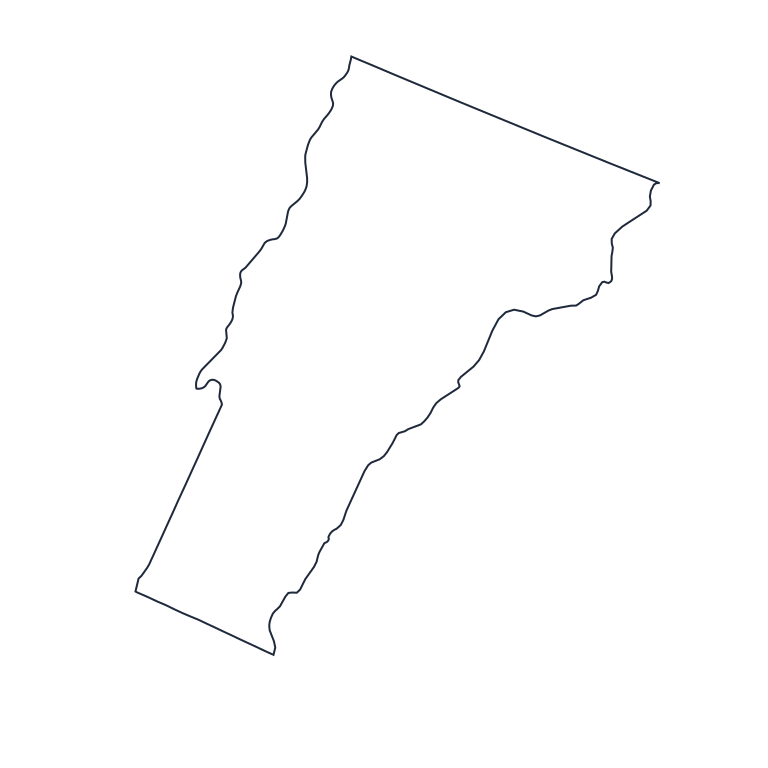 the border of Vermont, rotated 23°
{"feature_id": "USA-3540", "entity_name": "Vermont", "entity_type": "State", "adm_level": 1, "iso_a3": "USA", "parent_name": "United States of America", "parent_adm1": "", "projection": "orthographic", "projection_center": [-72.807, 43.872], "detail": "fine", "context": "isolated", "style": "outline", "palette": "slate", "viewbox_px": 768, "rotation_deg": 23, "n_neighbors": 0, "source": "natural_earth", "source_scale": "10m", "svg_char_len": 3645}
<svg xmlns="http://www.w3.org/2000/svg" viewBox="0 0 768 768"><g transform="rotate(23 384 384)"><path d="M226.0,95.3L235.4,95.3L253.4,95.2L271.4,95.2L289.4,95.1L307.4,95.0L325.4,94.9L343.5,94.8L361.5,94.6L379.5,94.4L397.5,94.2L415.5,94.0L433.5,93.8L451.5,93.5L469.5,93.2L487.5,92.9L505.5,92.6L523.5,92.2L541.5,91.8L559.2,91.4L556.4,92.5L554.6,95.0L554.1,101.7L555.5,107.6L558.0,111.5L559.6,115.5L558.1,121.8L550.2,133.5L541.9,145.9L537.6,155.2L536.9,161.6L538.8,165.7L541.4,169.1L542.7,173.7L543.5,177.4L549.3,192.0L551.6,195.5L552.9,198.1L553.0,200.6L551.3,203.3L549.1,203.7L546.9,203.7L545.1,205.0L543.9,210.0L544.5,214.6L544.4,219.0L540.9,223.6L534.8,229.0L531.7,234.6L530.1,236.8L525.4,238.9L509.6,249.3L506.8,252.0L500.8,259.9L497.4,262.4L493.0,263.2L484.0,262.9L474.7,264.8L468.1,270.3L464.1,279.6L462.9,292.6L463.2,315.0L462.2,324.8L459.6,333.0L452.0,347.4L450.9,351.4L451.7,353.5L453.3,355.1L454.5,356.6L454.1,358.4L442.3,375.8L439.6,381.2L438.5,386.5L438.2,392.1L437.2,397.7L435.6,402.7L433.7,406.8L424.1,415.9L421.7,419.3L416.7,423.4L415.6,426.0L415.0,435.0L413.4,445.6L412.0,450.6L409.4,455.0L403.0,461.3L401.2,464.9L400.1,471.7L398.9,515.3L399.7,524.9L399.3,530.7L397.0,535.6L395.1,537.9L393.7,540.2L392.9,542.8L392.6,546.1L392.8,546.9L393.2,547.4L393.7,548.1L393.9,549.6L393.5,551.1L392.6,552.4L391.3,553.8L390.2,564.3L390.3,567.4L391.4,574.0L391.0,579.9L387.8,594.3L387.1,606.0L385.3,610.2L380.8,611.9L377.6,613.7L376.3,618.2L375.1,629.3L373.6,633.0L372.3,635.7L371.4,638.7L371.3,643.3L371.7,647.3L372.4,650.2L373.5,652.7L375.1,655.5L383.2,663.8L386.9,669.1L388.1,676.5L378.9,676.3L369.7,675.9L360.5,675.6L351.2,675.3L342.0,674.9L332.8,674.6L323.6,674.2L314.4,673.9L305.1,673.5L297.2,673.6L288.1,673.6L278.7,673.3L269.8,672.8L260.5,672.8L249.6,672.4L238.3,672.3L236.3,672.1L234.1,659.0L235.7,655.3L237.7,646.3L238.3,642.1L238.4,639.3L238.4,637.5L238.6,632.1L238.8,623.9L239.1,613.2L239.4,600.5L239.8,586.4L240.1,571.3L240.6,555.7L241.0,540.0L241.4,524.9L241.7,510.8L242.0,498.1L242.3,487.4L242.5,479.2L242.7,473.9L242.7,472.0L242.9,466.4L241.5,464.3L239.7,462.6L238.8,462.0L237.3,459.7L234.7,450.5L233.9,449.1L232.9,448.0L231.5,447.3L228.6,446.7L227.2,446.6L225.9,446.7L224.7,447.0L223.6,447.6L222.6,448.4L221.8,449.6L221.3,450.9L220.4,455.4L219.8,456.8L219.0,457.9L218.2,458.9L216.1,460.4L214.1,461.3L213.3,461.5L213.0,461.4L212.6,460.8L211.3,458.2L210.3,455.3L210.0,452.1L210.0,446.6L210.3,443.8L210.9,441.5L220.8,416.3L221.3,413.5L221.7,408.1L221.6,405.5L221.4,403.4L220.9,402.3L217.5,396.0L217.3,394.5L217.5,393.0L218.6,389.0L219.1,385.6L219.1,383.6L218.9,382.0L218.5,380.8L218.0,379.7L216.6,377.6L215.9,375.4L215.1,372.2L213.4,361.0L213.3,357.1L213.5,350.2L213.3,348.0L212.9,346.3L212.3,345.2L210.0,342.0L209.2,340.5L208.4,338.3L208.4,336.5L208.8,334.9L211.0,331.2L217.5,310.7L218.3,307.3L218.9,301.9L219.2,300.4L219.9,299.2L220.6,298.0L222.5,296.2L224.5,294.6L226.7,293.4L228.6,291.9L229.6,290.1L230.3,287.3L231.0,281.9L231.1,276.9L230.8,274.3L228.3,262.8L228.2,260.8L228.3,258.9L228.8,257.4L229.4,256.0L232.9,249.3L234.1,246.2L235.0,242.0L235.6,238.3L235.7,235.9L235.6,233.5L235.4,232.0L234.4,228.2L232.6,224.2L225.0,210.9L222.5,205.2L221.9,203.1L220.6,193.8L220.4,188.2L220.6,186.7L220.9,185.2L223.9,175.4L224.3,172.5L224.6,166.7L225.2,163.6L226.9,158.4L227.5,156.1L228.2,152.4L228.3,150.3L228.3,148.5L228.1,147.3L227.7,146.1L227.2,145.0L223.8,141.1L223.0,139.9L222.2,138.5L221.3,136.2L221.1,134.5L221.0,133.0L221.3,130.0L221.6,128.5L222.6,125.3L223.3,123.8L226.4,118.8L227.2,117.1L227.8,115.0L228.5,111.6L228.6,109.6L228.5,107.9L227.6,104.2L226.7,98.3L226.0,95.3Z" fill="none" stroke="#1e293b" stroke-width="2"/></g></svg>